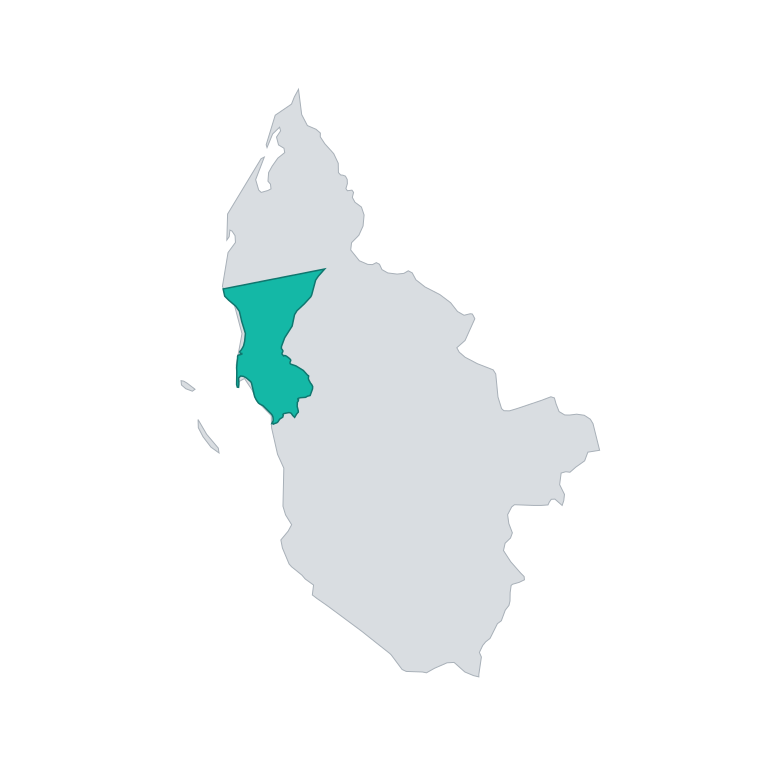 Colón highlighted on a map of Honduras, rotated 259°
{"feature_id": "HND-638", "entity_name": "Colón", "entity_type": "Department", "adm_level": 1, "iso_a3": "HND", "parent_name": "Honduras", "parent_adm1": "", "projection": "robinson", "projection_center": [-85.998, 15.551], "detail": "fine", "context": "in_parent", "style": "filled", "palette": "teal", "viewbox_px": 768, "rotation_deg": 259, "n_neighbors": 0, "source": "natural_earth", "source_scale": "10m", "svg_char_len": 4544}
<svg xmlns="http://www.w3.org/2000/svg" viewBox="0 0 768 768"><g transform="rotate(259 384 384)"><path d="M689.6,356.3L664.2,354.6L652.3,358.1L647.0,365.9L642.5,369.4L638.8,368.6L631.2,371.7L619.7,378.6L609.4,381.2L600.2,379.6L597.5,381.3L596.8,383.5L595.4,385.8L591.8,386.9L587.7,386.3L583.1,383.9L580.7,384.9L580.4,389.5L577.9,390.7L573.2,388.5L567.9,390.2L562.0,395.6L553.7,396.7L543.1,393.6L534.8,387.7L528.9,379.1L521.9,376.9L509.7,383.3L504.5,390.9L503.4,395.5L504.6,399.6L502.4,402.4L496.7,403.8L492.3,408.9L489.4,417.8L488.8,424.6L490.5,429.4L487.7,432.9L480.2,435.2L471.4,442.8L461.2,455.8L451.1,464.9L441.1,470.0L436.2,475.7L436.5,482.0L435.9,484.0L434.0,484.7L430.7,485.6L411.3,471.9L405.7,462.4L400.9,463.9L394.8,468.7L386.2,479.4L377.0,493.9L372.5,495.6L349.5,493.4L337.4,494.7L334.9,496.6L333.7,502.0L334.4,509.1L337.8,534.8L339.6,545.4L337.8,548.6L331.6,549.1L323.5,550.6L319.1,555.5L318.1,560.4L317.6,567.4L315.1,574.6L310.1,579.8L305.2,581.6L277.8,583.0L278.2,571.1L270.3,566.3L265.8,556.4L261.9,549.7L263.2,545.7L262.8,540.9L251.7,537.2L241.2,540.1L235.2,538.2L230.8,535.7L238.4,529.8L238.9,526.2L236.5,523.7L234.0,521.9L234.8,515.3L236.3,507.5L240.6,489.1L239.0,485.9L232.1,480.4L223.2,479.9L213.4,481.6L208.7,478.8L204.6,472.5L197.7,469.5L185.3,474.5L172.3,482.1L168.3,484.8L165.0,484.5L163.5,478.8L162.9,472.1L162.1,470.4L155.1,468.0L147.0,466.3L142.8,464.4L138.9,459.9L129.2,454.0L127.1,449.6L114.1,439.6L111.5,434.6L108.5,431.0L102.3,426.4L97.4,427.5L80.9,421.7L78.4,421.2L80.7,416.2L85.9,408.4L97.3,399.7L98.3,392.7L95.3,379.3L92.4,370.6L94.0,366.7L97.6,351.0L100.3,347.3L116.7,339.4L118.3,338.3L131.2,327.2L145.6,314.9L160.5,301.3L177.1,286.1L186.3,277.2L190.6,273.4L200.1,276.5L207.7,269.4L212.0,267.0L222.2,258.4L225.4,256.5L242.4,253.0L250.6,253.0L257.8,261.8L263.5,266.5L274.3,262.4L283.3,261.5L320.5,269.6L335.3,266.1L362.4,265.3L374.6,267.3L391.9,255.8L403.0,253.5L416.0,248.1L414.2,242.6L411.1,240.2L430.9,242.6L460.5,254.2L491.9,252.1L503.3,245.8L510.6,244.0L542.8,256.0L551.3,265.2L558.0,266.1L563.1,264.0L564.5,262.1L558.1,260.1L555.3,257.2L580.7,262.9L628.6,306.3L629.6,309.8L609.1,297.0L598.3,298.0L595.5,300.0L596.1,307.0L597.1,310.3L601.8,310.7L605.2,308.8L613.6,311.1L619.2,315.8L626.0,322.9L630.1,330.7L634.5,330.8L638.8,326.1L646.9,325.6L652.2,330.8L656.0,330.5L650.7,322.4L638.4,314.3L641.3,314.0L668.6,328.5L676.4,346.6L682.8,350.7L689.6,356.3ZM368.5,200.3L352.7,209.1L347.8,208.9L355.0,202.1L366.7,196.3L376.5,193.4L384.6,194.7L368.5,200.3ZM422.4,190.9L414.9,197.5L413.5,194.5L417.2,188.5L421.7,185.0L426.0,185.4L425.0,188.0L422.4,190.9Z" fill="#d9dde1" stroke="#a8b0b8" stroke-width="1"/><path d="M366.7,266.4L368.9,268.1L370.5,268.5L372.9,268.7L374.8,268.3L376.4,267.5L385.8,261.1L388.2,258.1L389.3,257.1L392.7,255.6L396.2,254.6L410.2,254.1L411.5,253.7L412.4,253.1L416.3,250.0L418.3,247.5L419.2,244.8L417.7,242.5L411.4,241.5L408.5,240.6L408.9,239.4L411.5,239.2L419.1,240.8L424.4,241.9L428.0,242.4L432.7,243.8L437.3,245.2L438.9,245.5L440.0,246.1L440.2,247.4L440.2,248.9L440.5,250.2L441.2,250.2L441.2,249.4L441.4,249.0L441.7,248.8L441.9,248.6L443.5,248.7L444.4,250.1L446.1,251.7L448.2,253.4L452.6,255.4L460.0,257.6L465.1,257.1L472.4,256.3L483.0,255.9L488.7,253.3L495.8,247.6L500.6,244.4L508.0,244.2L508.2,347.7L502.3,340.0L499.0,336.7L485.2,330.0L483.6,328.8L477.9,321.1L472.6,312.6L469.1,309.4L458.4,304.9L448.3,295.3L440.4,290.5L438.3,290.0L437.5,290.5L436.5,290.9L435.7,291.1L434.7,290.6L434.1,290.0L433.4,289.7L432.9,289.6L430.7,290.8L430.9,291.9L430.6,292.7L429.8,293.7L427.7,295.6L425.8,296.9L424.7,296.9L423.5,296.0L422.9,295.8L422.2,295.7L421.5,296.0L421.1,296.6L418.6,301.0L412.7,307.4L407.0,310.8L406.6,311.5L405.9,311.5L405.2,311.2L404.4,310.9L403.5,310.8L401.7,311.1L400.8,311.5L399.2,311.9L397.3,312.9L395.1,313.5L392.8,312.9L386.8,309.3L386.6,306.4L386.0,304.9L385.9,304.3L386.5,299.3L386.4,297.8L386.1,296.8L385.8,296.5L385.3,296.5L385.1,296.6L384.9,296.9L384.8,297.1L384.7,297.1L384.6,296.9L384.4,296.7L384.1,296.6L383.8,296.6L383.5,296.4L383.2,296.2L382.9,295.8L382.6,295.5L382.4,295.3L382.1,295.2L381.9,295.2L381.3,295.2L378.8,294.5L374.1,294.7L373.1,294.6L372.6,294.4L372.4,294.0L371.2,292.5L368.3,289.9L370.5,288.4L372.8,287.4L373.7,286.4L374.1,284.9L374.1,282.4L374.0,279.8L373.7,279.4L373.4,279.0L372.7,279.1L372.4,279.1L371.9,278.8L370.9,278.4L370.6,277.8L369.5,275.1L368.6,274.1L367.2,272.8L366.6,271.9L366.3,271.0L366.1,269.4L366.0,268.8L365.8,268.2L365.7,267.8L365.8,267.5L366.0,267.4L366.7,267.4L366.7,266.4Z" fill="#14b8a6" stroke="#0f766e" stroke-width="1.5"/></g></svg>